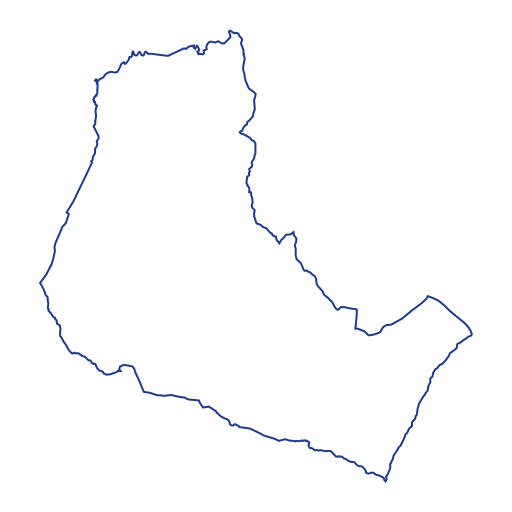 Sogamoso, Boyacá, Colombia
{"feature_id": "7082276B30941570566225", "entity_name": "Sogamoso", "entity_type": "district", "adm_level": 2, "iso_a3": "COL", "parent_name": "Colombia", "parent_adm1": "Boyacá", "projection": "robinson", "projection_center": [-72.881, 5.676], "detail": "fine", "context": "isolated", "style": "outline", "palette": "blue", "viewbox_px": 512, "rotation_deg": 0, "n_neighbors": 0, "source": "geoboundaries", "source_scale": "gbopen_adm2", "svg_char_len": 5901}
<svg xmlns="http://www.w3.org/2000/svg" viewBox="0 0 512 512"><path d="M203.0,407.5L209.1,406.6L209.8,407.4L211.4,408.1L216.2,411.5L216.6,412.7L217.9,413.3L218.7,414.5L220.9,416.3L223.8,418.0L228.1,419.8L229.2,421.3L230.0,424.0L230.6,425.1L232.8,425.6L235.0,424.1L238.4,425.9L239.4,427.1L249.8,428.5L259.3,433.0L264.0,435.6L273.2,438.3L276.9,439.8L278.6,440.9L284.3,439.4L286.4,439.5L289.4,440.6L293.0,440.8L295.3,441.4L296.1,440.9L298.7,441.2L300.9,440.9L301.9,440.4L302.7,441.0L303.9,440.5L305.5,440.4L305.9,441.1L306.7,440.7L307.7,441.5L308.5,441.7L309.3,442.7L308.5,445.2L308.6,446.0L309.9,448.0L311.5,448.1L313.3,449.0L314.8,450.4L316.9,449.9L318.5,450.7L320.4,450.1L325.1,451.2L328.1,450.8L331.0,451.3L335.9,456.5L337.4,456.7L339.2,456.2L339.8,456.7L342.1,456.7L343.8,458.4L346.2,459.2L348.4,460.9L351.5,462.0L353.7,462.0L354.5,462.4L357.1,465.2L358.5,466.0L361.2,466.2L362.9,467.2L365.3,470.0L365.8,471.0L366.0,472.5L366.6,473.1L368.6,473.6L372.0,472.6L373.4,472.7L376.2,474.9L379.2,475.5L383.0,477.4L383.9,478.3L384.3,480.0L385.5,481.3L386.7,479.2L386.2,477.2L386.4,476.0L387.7,474.3L390.0,468.9L390.3,466.5L390.1,464.1L390.9,463.4L391.5,461.4L392.7,459.3L393.6,455.5L396.6,451.2L399.2,446.7L400.4,446.0L404.0,438.6L405.6,434.3L407.2,432.8L409.1,428.6L412.0,426.0L412.0,423.0L412.5,421.4L415.1,419.0L415.7,416.0L416.7,415.0L417.8,407.8L418.7,405.4L418.7,404.4L423.4,396.2L424.8,395.0L425.6,393.0L427.5,390.9L428.4,386.0L429.2,384.0L430.4,382.5L430.2,378.8L431.1,377.6L432.4,376.7L433.3,372.5L435.3,369.3L437.4,368.0L438.8,365.8L440.2,364.7L442.3,363.9L445.1,361.0L449.0,355.7L449.9,353.3L455.9,348.9L457.0,347.2L456.9,345.4L457.4,344.0L460.9,342.2L462.6,340.7L466.6,338.2L468.0,336.8L470.9,335.7L471.9,334.4L470.6,330.8L468.9,328.0L466.5,325.0L463.8,322.4L450.1,311.2L444.7,305.7L438.9,301.0L436.6,299.6L428.0,296.1L426.4,298.6L421.7,303.2L412.1,310.3L402.2,318.5L391.3,324.6L386.6,325.1L384.3,326.2L382.4,328.1L380.5,331.7L379.5,332.5L374.5,334.4L369.1,335.4L368.1,334.9L364.3,331.3L358.9,329.1L356.7,328.5L355.4,328.7L356.7,315.4L356.8,310.8L356.5,309.3L348.9,308.2L344.3,307.1L340.8,307.1L338.7,309.2L337.5,309.8L336.6,309.2L335.3,307.8L331.9,301.7L329.9,300.1L328.5,298.3L324.3,295.0L322.4,291.1L317.5,285.6L316.6,283.5L316.0,278.4L314.7,276.0L312.0,274.3L309.8,272.1L308.0,271.7L307.1,270.6L306.5,270.4L305.1,270.9L304.3,270.6L303.3,269.1L301.2,263.8L300.2,262.4L296.6,259.2L295.7,255.5L295.7,248.5L294.9,245.6L296.2,241.1L296.4,238.9L295.8,237.6L293.9,235.3L293.5,232.1L290.6,234.4L285.9,234.8L283.7,237.8L281.4,239.8L279.3,243.3L276.5,239.6L275.8,236.5L274.6,236.5L272.4,235.0L271.9,233.5L270.4,232.9L266.0,228.1L263.0,227.1L261.5,225.4L259.1,224.2L257.5,223.9L256.3,222.9L254.2,216.5L254.1,213.3L254.7,210.3L252.2,207.5L251.7,205.9L252.6,202.3L252.4,199.3L251.1,194.6L251.1,193.1L250.6,192.1L249.2,192.2L249.4,188.5L248.4,186.6L247.4,185.7L247.5,184.6L246.6,183.4L246.5,182.7L247.1,176.9L249.2,175.1L248.9,172.8L249.8,171.6L249.2,168.9L251.6,167.0L252.3,164.9L251.7,163.3L251.8,162.5L252.3,161.1L253.7,159.2L254.5,156.7L254.5,155.5L255.4,153.7L255.4,143.4L254.1,141.2L251.7,140.2L249.9,137.8L243.4,134.1L242.0,134.2L239.8,132.5L240.3,131.5L242.1,130.8L243.4,127.7L244.8,125.7L246.8,124.6L247.4,121.7L248.8,121.0L252.7,116.7L253.5,112.9L254.8,109.3L254.1,100.1L255.2,96.9L255.7,93.9L252.9,91.4L250.4,89.7L248.6,87.9L245.4,80.3L245.2,78.4L244.6,76.7L244.6,75.0L243.1,69.3L243.3,66.0L244.7,58.5L244.3,56.6L243.5,55.0L244.1,54.3L243.3,52.6L243.6,50.5L241.1,43.9L241.2,42.2L242.1,40.2L242.0,39.0L239.3,35.9L238.3,33.6L236.3,32.9L233.9,33.1L230.3,30.7L229.7,30.7L228.9,31.8L230.2,35.0L230.3,37.3L225.0,42.7L224.0,43.3L222.4,43.6L218.1,41.2L215.3,42.5L211.1,41.6L209.5,41.9L207.5,43.8L206.6,45.8L206.3,46.8L206.7,49.3L203.6,50.6L204.0,53.4L203.0,54.3L200.3,53.9L198.4,54.2L198.2,53.7L198.8,53.3L197.3,51.6L198.8,50.7L199.2,49.7L197.7,46.3L196.8,45.8L195.2,48.7L194.7,47.9L193.6,47.5L194.0,45.5L188.6,46.7L185.9,48.9L184.1,48.3L167.9,55.9L151.5,53.8L148.0,53.8L146.7,52.3L145.5,51.7L144.8,52.3L143.9,54.9L143.2,55.5L141.5,55.1L140.1,52.4L139.4,51.9L138.7,52.5L137.4,54.8L136.5,55.4L135.6,55.4L134.3,54.8L133.5,52.1L133.1,51.6L132.6,51.6L131.9,56.2L130.8,57.2L129.5,57.0L128.7,59.8L125.8,63.6L124.8,63.8L124.2,62.4L123.6,62.3L121.7,63.6L120.9,64.8L119.0,69.3L117.2,72.0L115.7,72.4L113.8,72.4L111.4,71.8L109.2,72.2L105.9,73.9L103.7,76.8L102.3,78.0L99.6,79.2L98.6,80.6L97.9,80.6L96.4,79.6L95.9,80.4L95.5,79.9L95.0,80.5L97.4,82.5L96.9,83.9L97.5,84.0L97.6,85.4L97.5,88.6L97.1,89.8L97.4,90.0L97.3,93.5L96.3,94.6L96.5,95.6L95.6,95.7L95.1,96.8L94.3,97.1L93.9,98.7L93.2,99.6L94.1,100.3L94.0,101.2L94.9,101.8L94.5,102.6L95.3,103.3L95.4,104.6L97.0,105.5L95.9,108.4L95.5,111.1L96.1,115.4L95.5,120.4L95.0,121.2L95.4,123.2L95.1,124.2L93.9,125.6L93.6,126.4L98.4,135.8L98.7,137.6L98.4,138.7L96.7,141.4L97.3,143.3L97.2,144.6L96.3,147.2L95.1,148.6L95.1,153.1L92.7,157.5L92.7,159.2L92.4,160.4L91.2,161.3L92.0,162.5L85.8,175.7L73.3,201.5L66.6,212.5L68.8,214.0L65.9,223.1L62.6,226.5L55.5,242.9L54.5,246.8L54.9,251.3L53.1,259.1L51.2,265.4L50.9,265.3L46.5,274.2L40.1,282.9L43.6,289.2L45.8,295.2L47.6,297.1L47.8,301.1L48.3,303.5L47.8,308.5L48.6,309.3L48.6,310.9L50.7,313.0L53.3,317.0L55.0,317.8L55.2,319.0L56.7,320.5L56.9,323.2L57.2,323.9L59.7,325.3L60.5,329.2L60.0,332.4L60.2,336.2L61.4,337.5L63.5,341.5L66.6,345.7L67.4,347.9L69.7,351.2L71.9,353.3L72.7,353.5L74.3,352.6L75.6,353.4L78.5,353.3L82.3,356.0L84.8,356.7L88.7,360.4L90.5,360.5L91.9,363.0L92.9,363.3L93.4,364.0L94.7,363.7L95.4,364.2L97.1,368.0L99.3,370.4L102.6,371.6L104.0,373.7L105.6,374.1L106.1,374.6L109.9,374.4L116.1,372.3L117.8,371.0L120.5,371.0L119.2,369.2L120.0,366.6L123.8,364.8L131.9,366.3L132.9,366.9L134.1,368.6L135.6,373.0L139.3,380.9L143.8,391.8L149.8,392.8L157.1,395.2L161.6,395.4L163.5,395.9L171.2,395.0L178.4,396.7L184.9,397.6L186.7,398.8L189.4,399.6L198.9,400.4L199.8,402.7L203.0,407.5Z" fill="none" stroke="#1e3a8a" stroke-width="2"/></svg>